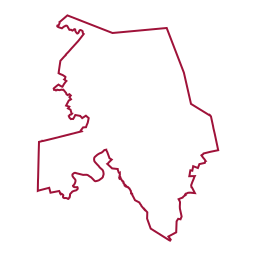 outline of Gaujienas pag., Apes, Latvia
{"feature_id": "27541924B78373668882921", "entity_name": "Gaujienas pag.", "entity_type": "district", "adm_level": 2, "iso_a3": "LVA", "parent_name": "Latvia", "parent_adm1": "Apes", "projection": "orthographic", "projection_center": [26.394, 57.508], "detail": "fine", "context": "isolated", "style": "outline", "palette": "rose", "viewbox_px": 256, "rotation_deg": 0, "n_neighbors": 0, "source": "geoboundaries", "source_scale": "gbopen_adm2", "svg_char_len": 5385}
<svg xmlns="http://www.w3.org/2000/svg" viewBox="0 0 256 256"><path d="M169.5,240.4L170.1,240.6L170.7,239.6L168.4,236.5L176.2,232.3L176.6,221.3L178.2,218.8L180.5,219.3L181.1,217.8L181.6,216.7L181.6,216.4L180.0,209.1L179.9,208.5L179.8,206.5L180.0,202.8L180.0,202.0L179.5,200.8L178.6,199.2L182.2,197.7L182.5,197.7L183.5,196.5L185.6,195.0L185.1,194.5L185.7,193.7L186.8,193.4L188.0,192.8L188.3,192.7L189.2,192.8L189.7,192.6L194.9,193.1L192.0,187.5L191.5,187.3L191.2,185.6L191.2,185.1L191.7,183.8L192.3,182.1L193.5,179.3L194.3,177.1L194.8,176.1L189.3,176.2L189.7,174.3L190.0,172.1L190.4,170.3L192.3,170.7L193.2,166.2L197.9,168.0L199.4,164.1L204.8,162.9L205.4,160.8L205.5,160.8L204.2,158.9L203.3,157.9L201.4,155.3L201.6,155.1L202.6,154.6L203.0,154.3L203.5,153.5L210.4,151.8L218.2,150.2L214.8,134.1L213.4,128.1L213.0,125.8L212.9,125.4L210.9,116.1L211.0,116.2L191.0,103.9L183.9,72.7L166.7,28.0L112.5,33.0L67.4,15.4L59.9,21.8L59.5,22.0L59.6,23.0L58.8,25.0L58.4,25.6L57.6,25.4L57.4,25.5L57.2,26.1L57.6,26.7L58.8,27.3L61.9,28.3L63.8,26.7L64.8,26.3L65.2,25.9L66.1,25.6L66.9,25.8L67.4,26.3L68.4,28.1L69.4,29.8L70.0,29.9L70.8,29.7L71.2,29.8L71.8,30.3L72.5,30.6L74.3,29.2L74.8,29.2L75.2,29.5L75.3,30.8L75.6,31.6L76.6,32.9L77.0,33.4L77.3,33.5L77.5,33.5L77.9,33.3L78.4,32.9L79.3,30.9L79.6,30.4L80.0,30.1L80.3,30.0L80.8,30.1L82.0,30.7L82.5,31.1L82.7,31.5L82.7,32.2L82.7,32.6L82.9,33.0L83.3,33.7L83.7,34.0L78.5,40.7L72.8,47.0L71.5,48.4L68.6,51.7L65.7,54.7L65.8,55.1L64.2,56.6L60.4,60.8L58.7,72.2L58.8,72.3L58.6,73.2L60.3,74.1L62.8,75.1L65.4,76.8L65.4,77.3L64.9,78.8L64.2,79.4L66.4,81.0L65.8,81.6L63.8,84.3L62.5,86.7L62.3,86.8L60.2,85.7L58.5,84.6L57.2,85.5L54.2,88.0L53.7,88.5L54.1,89.9L55.0,89.8L55.8,90.4L56.6,90.3L57.1,89.7L59.1,90.1L59.7,90.1L61.7,89.6L62.3,89.9L63.2,89.6L63.9,90.3L66.1,93.0L66.5,94.3L67.7,95.1L69.4,94.2L70.8,95.5L69.4,97.1L71.0,99.3L70.4,99.7L68.8,100.5L66.1,105.6L69.3,106.7L68.7,107.6L68.0,108.4L70.5,109.7L71.7,113.9L71.8,113.9L71.5,114.3L71.1,114.5L70.3,114.6L69.8,114.8L69.6,115.0L69.3,115.7L69.2,115.9L68.8,116.1L69.5,117.7L70.9,119.1L72.0,118.9L73.1,119.0L74.0,117.6L74.7,116.2L75.3,115.0L80.2,115.9L80.3,116.2L81.4,117.1L82.2,118.1L85.9,115.7L88.7,118.1L87.7,122.8L86.7,125.1L86.0,127.2L83.1,127.4L80.8,130.4L81.7,131.3L54.5,138.2L43.0,141.0L42.6,140.9L42.6,141.0L39.0,141.9L38.7,152.6L38.1,178.2L38.0,180.3L37.8,190.9L38.8,190.5L49.2,187.8L50.5,192.7L59.2,191.0L60.0,192.6L60.0,192.9L60.2,193.0L60.1,193.3L60.4,193.9L60.8,194.3L61.1,193.9L61.4,193.8L61.8,193.9L62.5,194.4L63.2,195.0L63.3,195.4L63.3,195.7L63.0,196.5L63.0,196.9L63.1,197.3L63.3,197.6L64.0,198.0L64.4,198.1L65.3,198.0L66.3,198.1L66.7,198.1L67.2,198.4L67.8,198.8L68.4,198.9L68.5,198.8L68.7,198.6L68.9,198.2L69.2,197.7L69.6,197.5L69.6,197.4L69.8,196.3L70.0,195.9L70.0,194.6L70.1,194.2L70.4,193.7L71.2,192.9L71.6,192.5L72.1,191.8L72.7,191.4L73.4,191.2L74.2,190.8L76.0,190.4L77.3,189.4L77.7,188.8L77.7,188.5L77.7,188.1L77.5,187.9L77.4,187.7L77.5,187.5L77.5,187.3L77.3,187.1L76.5,187.2L74.9,187.2L74.2,187.0L73.6,186.8L73.3,186.4L73.1,186.2L73.0,185.7L73.8,185.0L74.2,184.6L74.4,184.1L75.1,182.8L75.4,181.6L75.5,181.1L75.5,180.5L75.4,180.1L75.3,179.7L75.0,179.3L74.0,178.1L73.6,177.7L72.9,176.7L72.6,176.2L72.5,175.8L72.4,175.3L72.4,174.8L72.5,174.4L72.8,174.1L73.1,173.8L74.0,173.1L74.5,172.9L75.5,172.9L76.7,173.3L83.2,174.9L84.7,174.8L86.4,174.8L86.8,174.8L87.7,175.1L88.1,175.3L89.2,176.1L89.9,176.6L90.5,176.9L91.1,177.3L92.9,179.1L94.6,180.9L95.3,181.2L95.7,181.2L97.4,180.8L98.8,180.3L99.5,179.9L100.9,178.8L101.6,178.4L102.6,177.4L102.9,176.8L103.0,176.3L103.4,175.0L103.6,174.3L103.6,173.7L103.3,171.7L102.8,170.4L102.4,169.8L101.0,168.6L99.7,167.4L98.5,165.8L97.3,164.6L95.3,162.4L94.9,161.9L94.5,161.4L94.3,160.8L94.1,159.7L94.1,159.1L94.2,158.1L94.4,157.6L94.7,157.1L95.1,156.7L97.4,154.7L98.7,153.9L99.2,153.6L99.8,153.3L101.1,152.8L101.6,152.6L103.1,151.4L104.1,150.3L104.7,150.0L106.2,149.7L106.2,150.1L107.2,151.9L109.5,158.2L111.7,159.6L108.5,162.7L108.2,163.3L107.3,163.9L112.1,168.4L117.7,169.0L117.7,169.3L117.8,169.8L118.6,172.0L118.7,172.3L118.7,172.5L119.2,173.0L119.7,173.3L119.8,173.2L119.8,173.4L119.8,173.5L119.9,174.2L119.9,174.5L119.6,175.3L119.7,175.6L119.7,175.8L119.9,176.0L120.0,176.3L120.0,176.5L120.2,176.8L120.3,177.0L120.1,177.1L119.9,177.2L119.9,177.3L119.7,177.4L119.8,177.5L119.5,177.6L119.4,177.6L119.5,177.8L119.3,177.8L119.3,178.2L119.4,178.3L119.5,178.7L119.7,178.9L119.9,178.8L120.0,178.6L120.4,178.8L120.5,178.7L120.8,179.0L121.0,178.9L121.2,179.1L121.5,179.6L121.7,180.1L122.0,180.7L122.3,180.9L122.7,181.0L122.8,181.1L122.8,181.4L122.8,181.5L123.1,181.6L123.2,181.9L123.4,181.9L123.6,182.1L123.7,182.4L123.5,182.9L123.5,183.3L123.7,183.6L124.4,184.1L124.6,184.6L124.8,184.7L124.7,185.1L124.8,185.1L125.0,185.0L125.3,185.2L125.5,185.1L125.3,185.3L125.3,185.7L125.8,185.5L126.0,185.7L126.1,185.8L126.3,186.1L126.2,186.0L126.1,186.3L126.1,186.6L126.6,186.7L126.7,186.8L126.8,186.9L127.1,186.9L127.4,187.0L127.6,186.9L127.8,187.1L128.0,187.1L128.4,187.5L128.5,187.9L128.7,188.0L128.8,188.0L129.4,188.4L129.6,188.7L129.7,189.3L130.0,189.6L130.8,190.8L130.7,191.1L131.1,192.1L131.0,193.3L131.2,193.6L132.0,193.6L132.2,193.9L132.3,194.3L132.2,194.8L133.6,197.4L135.0,200.2L139.4,202.5L139.8,203.4L141.2,205.3L141.4,206.0L141.7,206.3L144.3,209.4L144.4,209.1L145.1,209.9L147.3,212.3L147.1,218.6L150.7,228.6L169.5,240.4Z" fill="none" stroke="#9f1239" stroke-width="2"/></svg>